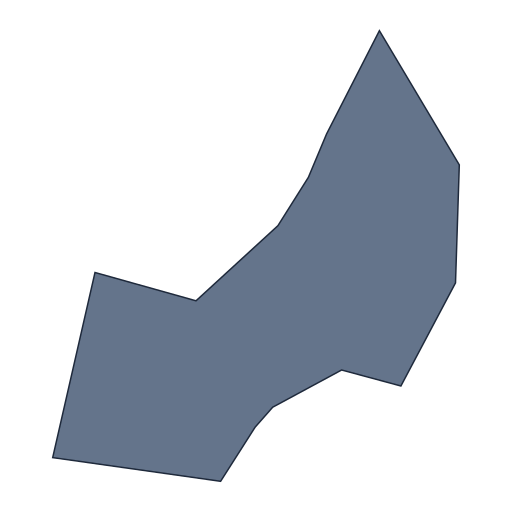 map outline of Dornava (orthographic projection)
{"feature_id": "SVN-1040", "entity_name": "Dornava", "entity_type": "Municipality", "adm_level": 1, "iso_a3": "SVN", "parent_name": "Slovenia", "parent_adm1": "", "projection": "orthographic", "projection_center": [16.001, 46.454], "detail": "fine", "context": "isolated", "style": "filled", "palette": "slate", "viewbox_px": 512, "rotation_deg": 0, "n_neighbors": 0, "source": "natural_earth", "source_scale": "10m", "svg_char_len": 309}
<svg xmlns="http://www.w3.org/2000/svg" viewBox="0 0 512 512"><path d="M400.9,386.0L341.6,370.0L272.7,407.2L255.1,427.2L220.6,481.3L52.7,457.6L95.0,272.5L196.0,300.8L277.9,225.7L308.4,177.3L326.6,133.9L379.4,30.7L459.3,164.9L455.5,282.9L400.9,386.0Z" fill="#64748b" stroke="#1e293b" stroke-width="1.5"/></svg>